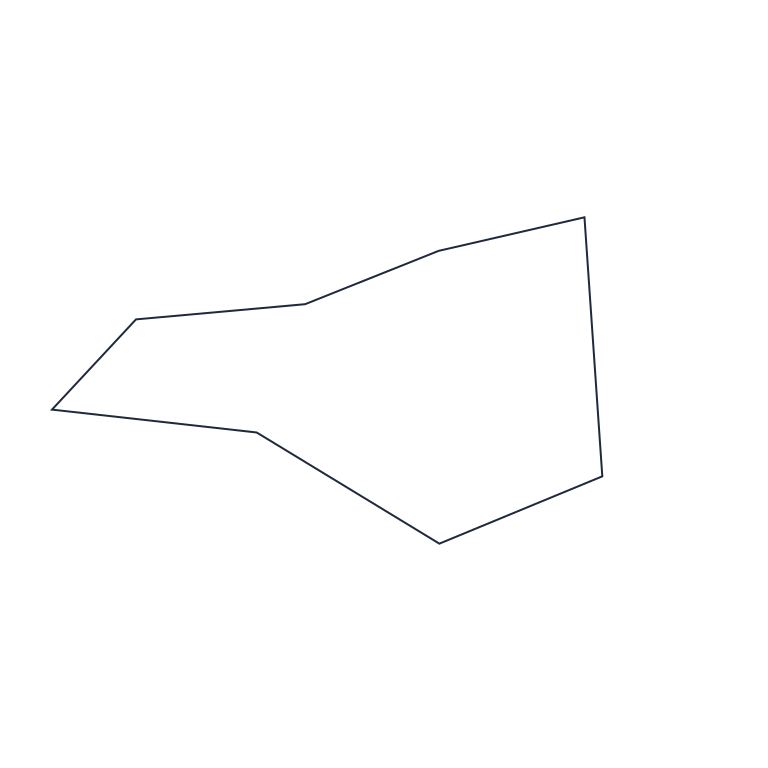 SVG path tracing the border of Schellenberg, rotated 47°
{"feature_id": "LIE-4899", "entity_name": "Schellenberg", "entity_type": "state/province", "adm_level": 1, "iso_a3": "LIE", "parent_name": "Liechtenstein", "parent_adm1": "", "projection": "equal_earth", "projection_center": [9.531, 47.238], "detail": "fine", "context": "isolated", "style": "outline", "palette": "slate", "viewbox_px": 768, "rotation_deg": 47, "n_neighbors": 0, "source": "natural_earth", "source_scale": "10m", "svg_char_len": 273}
<svg xmlns="http://www.w3.org/2000/svg" viewBox="0 0 768 768"><g transform="rotate(47 384 384)"><path d="M398.8,123.7L600.4,287.3L538.5,452.4L332.6,510.2L176.3,644.3L167.6,521.3L271.8,387.3L323.9,253.2L398.8,123.7Z" fill="none" stroke="#1e293b" stroke-width="2"/></g></svg>